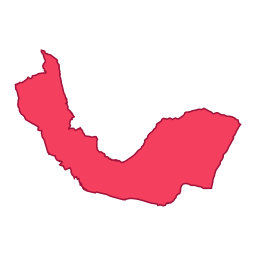 outline of Tomesti, Harghita, Romania
{"feature_id": "2599482B27343376756903", "entity_name": "Tomesti", "entity_type": "district", "adm_level": 2, "iso_a3": "ROU", "parent_name": "Romania", "parent_adm1": "Harghita", "projection": "natural_earth1", "projection_center": [25.786, 46.588], "detail": "fine", "context": "isolated", "style": "filled", "palette": "rose", "viewbox_px": 256, "rotation_deg": 0, "n_neighbors": 0, "source": "geoboundaries", "source_scale": "gbopen_adm2", "svg_char_len": 5735}
<svg xmlns="http://www.w3.org/2000/svg" viewBox="0 0 256 256"><path d="M240.6,124.5L239.1,123.4L238.6,122.6L238.1,120.2L235.3,118.9L235.1,118.3L231.9,116.7L228.5,116.2L227.1,116.4L224.3,115.0L221.0,114.7L217.9,112.9L216.3,112.7L213.6,113.9L212.8,113.5L210.9,111.8L208.8,111.0L204.3,108.5L203.8,108.4L203.1,108.7L202.0,109.4L201.0,109.6L199.8,109.3L198.6,109.3L195.3,110.3L193.9,110.4L192.0,110.9L191.3,111.3L189.3,111.9L185.7,112.3L184.9,112.8L184.4,114.4L183.1,115.7L179.0,118.5L178.0,118.9L176.9,118.7L175.5,118.0L174.2,118.4L172.8,119.5L170.4,118.4L170.0,118.0L169.0,118.3L167.4,119.2L166.6,119.1L166.3,118.9L165.3,118.8L164.3,118.4L163.4,118.5L162.0,119.2L161.1,121.1L159.4,122.3L159.3,122.7L158.7,122.7L158.1,123.3L157.5,123.4L156.7,124.1L156.5,124.6L156.6,125.5L156.4,125.7L156.4,126.0L155.8,127.3L155.8,127.6L155.4,128.3L155.0,128.4L154.1,129.0L153.4,129.8L152.6,131.4L152.1,131.6L151.8,132.1L151.2,132.3L149.7,133.5L149.6,133.8L149.2,134.0L148.1,135.4L147.1,138.3L145.7,139.3L145.4,139.4L144.7,140.3L144.7,142.3L144.2,143.3L144.1,143.8L143.7,144.1L143.6,144.8L142.9,145.7L141.6,146.8L141.6,147.6L141.0,148.6L138.3,150.4L135.3,153.9L133.4,155.7L126.3,160.6L124.5,161.6L121.8,162.6L119.1,160.6L118.5,160.8L117.6,160.4L117.0,161.1L115.5,160.7L115.0,160.5L115.0,160.1L115.4,160.1L115.6,159.9L113.6,160.0L112.8,160.2L112.0,160.1L111.7,160.1L111.8,159.6L110.2,159.0L109.9,158.5L109.5,158.9L109.2,159.0L108.6,157.9L107.5,156.8L106.1,156.8L104.8,156.1L105.0,155.4L104.9,154.7L104.6,154.0L104.1,153.6L103.3,153.5L102.6,152.8L101.9,152.5L101.5,152.1L101.2,151.9L100.8,151.8L99.9,152.0L98.9,151.7L97.1,149.1L97.0,148.7L97.2,147.7L96.8,146.7L96.9,146.3L96.6,145.0L96.9,144.4L96.7,141.3L96.8,140.8L97.5,139.2L96.1,136.7L94.9,136.6L94.0,136.7L93.3,137.1L91.3,137.1L89.0,136.3L88.4,136.4L85.7,136.0L84.8,135.6L84.6,134.9L83.9,133.7L83.8,133.3L83.0,132.7L82.8,132.2L82.6,130.8L80.7,128.6L80.1,129.0L80.0,128.9L80.2,128.4L80.2,127.9L78.4,128.7L75.7,130.4L74.6,129.5L73.5,128.3L71.1,128.4L69.7,128.6L69.6,128.9L68.7,128.9L68.7,128.2L69.5,127.6L70.4,125.7L70.4,125.1L69.4,123.4L70.0,122.3L70.1,121.3L70.4,120.3L70.8,119.7L72.1,119.4L71.7,118.2L72.3,118.0L74.2,116.8L73.8,116.4L72.6,114.5L72.0,113.9L72.2,113.7L71.2,112.9L71.5,112.5L70.5,111.7L70.1,110.9L69.3,110.2L67.7,108.9L68.0,107.4L67.8,106.1L66.9,104.5L65.7,103.5L66.6,102.9L67.0,103.1L67.3,102.9L67.2,102.2L66.7,101.1L66.8,99.5L66.5,99.1L66.1,99.1L65.9,98.6L66.3,98.4L65.8,97.9L65.7,97.3L65.4,96.9L64.9,95.1L63.7,92.6L62.9,89.0L61.5,83.6L61.1,80.8L60.4,77.7L60.0,76.8L59.7,75.4L60.2,74.7L60.1,73.9L59.7,73.7L59.8,71.2L59.3,69.8L59.1,66.3L59.2,65.1L58.3,64.2L58.1,63.6L57.3,62.3L57.1,61.0L57.3,60.0L50.5,54.9L47.5,54.2L47.1,53.6L45.4,53.6L44.7,51.2L41.4,50.2L41.3,51.4L41.6,52.4L43.3,54.6L43.7,56.8L44.1,57.5L44.4,58.7L45.2,59.9L45.3,61.0L45.1,61.9L43.4,64.3L42.9,65.5L42.8,66.5L43.1,66.9L43.2,68.0L44.1,68.5L44.5,69.5L44.3,70.1L44.7,70.7L44.7,71.1L45.9,72.0L45.5,73.2L43.7,72.9L39.4,73.5L38.7,73.6L36.0,75.1L32.4,75.9L31.8,78.1L30.3,78.7L30.1,78.4L29.3,78.1L28.5,77.4L28.1,77.9L27.8,77.6L26.9,79.3L26.3,79.5L26.1,79.8L25.3,80.3L23.4,81.8L22.9,81.9L22.6,82.3L21.6,82.7L19.8,82.4L19.5,82.6L19.0,83.3L17.6,83.7L17.6,84.0L16.9,84.4L16.4,84.2L15.4,84.5L15.8,89.3L16.8,90.2L17.9,94.6L18.1,95.9L18.5,96.8L18.9,97.9L18.9,98.6L18.3,100.2L18.3,100.6L18.1,100.9L18.2,101.7L17.8,104.8L18.4,107.2L19.3,108.4L19.5,110.9L19.9,111.7L21.2,113.7L21.3,114.1L22.7,114.9L24.5,116.7L24.8,117.8L25.3,118.4L25.5,119.2L26.0,119.7L28.6,121.3L29.1,121.5L32.5,123.6L32.7,123.8L34.2,124.2L35.0,124.7L35.2,125.2L36.4,125.6L37.5,126.5L38.2,126.6L38.2,127.1L38.5,127.5L38.0,128.8L38.1,129.6L38.0,130.0L39.3,130.5L41.6,130.6L41.5,133.7L41.9,135.1L42.3,137.1L44.1,139.7L47.9,152.5L49.0,153.1L48.9,154.2L50.2,154.3L52.7,155.4L55.3,156.0L55.4,157.7L57.0,160.1L59.3,161.3L59.6,161.0L59.9,161.3L60.1,161.0L60.9,161.9L61.3,161.5L62.1,162.6L59.7,164.7L60.6,165.4L61.6,165.6L62.2,165.9L62.9,165.7L63.3,165.9L63.8,167.3L65.2,169.7L69.9,167.9L70.9,169.7L71.2,170.9L71.0,171.5L71.2,172.6L72.3,175.0L72.7,175.2L73.6,176.3L74.4,178.3L75.0,177.3L76.8,176.8L77.0,178.3L77.5,179.3L78.8,178.7L79.3,181.4L79.7,182.8L80.2,182.5L81.4,183.9L80.8,184.2L81.0,184.4L80.2,184.9L80.4,185.1L81.0,184.8L82.1,186.1L81.9,186.2L82.9,187.3L82.1,187.7L83.6,187.7L83.7,188.1L83.2,188.1L83.3,188.3L83.5,188.3L83.6,188.8L83.4,188.8L83.7,189.4L85.0,189.6L85.0,189.2L85.3,189.2L85.2,189.7L86.2,189.7L86.1,190.4L86.9,190.5L86.8,190.8L91.3,192.0L95.1,192.8L95.2,192.6L95.7,192.7L96.3,192.0L107.2,194.6L110.0,196.0L113.3,197.0L123.2,199.7L124.0,199.6L124.5,199.8L125.2,199.8L125.7,199.1L127.3,199.0L128.9,198.5L131.7,198.4L134.6,198.7L137.7,199.2L142.1,200.3L148.8,202.4L152.2,203.3L157.2,204.0L157.8,205.4L159.8,205.0L161.0,204.9L163.1,205.8L165.2,205.3L165.6,204.8L166.5,203.2L167.1,203.1L167.7,203.5L167.9,203.4L168.0,203.0L167.9,202.8L168.0,202.7L168.3,202.8L168.3,203.1L169.2,203.0L169.5,202.7L170.5,203.0L171.8,201.9L172.1,201.9L172.5,201.4L173.0,201.2L173.3,200.7L173.7,200.5L174.7,198.8L175.7,197.9L176.0,197.3L176.3,195.8L177.9,194.1L179.0,193.9L179.8,193.2L180.5,191.1L180.6,188.1L181.7,185.5L182.4,184.6L183.2,183.9L186.4,183.4L188.0,184.0L188.4,183.9L191.0,185.3L195.1,185.4L198.2,186.4L200.8,186.8L201.8,187.3L203.0,188.2L203.6,188.4L211.4,188.3L212.3,184.0L212.8,181.9L212.8,180.6L213.5,178.0L213.6,177.4L214.4,175.9L214.8,173.3L215.1,172.9L215.9,170.2L219.1,165.6L219.4,165.1L220.0,164.4L220.2,163.6L220.2,162.3L220.4,161.4L221.2,160.8L222.1,159.5L223.2,157.0L223.3,156.0L223.1,154.9L226.7,151.4L226.9,150.6L227.8,149.3L228.2,147.9L229.4,145.6L230.7,143.5L232.4,140.2L233.5,138.5L233.5,137.4L233.1,136.7L234.5,135.2L235.2,134.1L236.5,130.9L237.8,128.9L238.9,126.7L239.8,125.4L240.6,124.5Z" fill="#f43f5e" stroke="#9f1239" stroke-width="1.5"/></svg>